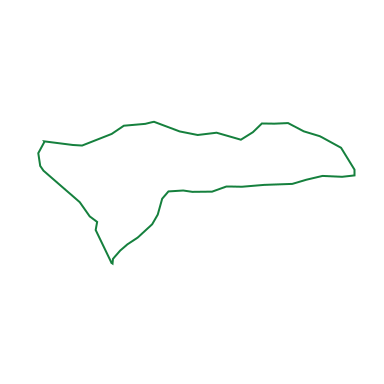 Suhag-2, Suhaj, Egypt, rotated 99°
{"feature_id": "37247803B53988405424911", "entity_name": "Suhag-2", "entity_type": "district", "adm_level": 2, "iso_a3": "EGY", "parent_name": "Egypt", "parent_adm1": "Suhaj", "projection": "mercator", "projection_center": [31.705, 26.543], "detail": "fine", "context": "isolated", "style": "outline", "palette": "green", "viewbox_px": 384, "rotation_deg": 99, "n_neighbors": 0, "source": "geoboundaries", "source_scale": "gbopen_adm2", "svg_char_len": 885}
<svg xmlns="http://www.w3.org/2000/svg" viewBox="0 0 384 384"><g transform="rotate(99 192 192)"><path d="M165.1,345.9L165.3,345.7L165.5,345.6L177.7,349.9L190.0,346.0L194.2,342.0L219.6,301.3L232.1,289.2L236.4,281.0L244.6,281.2L272.3,262.0L274.7,260.4L274.9,259.7L275.1,259.3L270.5,259.6L268.3,258.3L261.0,253.7L253.8,247.6L245.5,238.5L230.1,226.3L219.7,222.3L203.3,220.4L195.5,215.6L195.3,215.5L195.1,215.3L191.9,200.9L191.8,191.7L188.5,172.2L181.2,158.9L180.3,152.9L179.0,143.5L173.7,121.9L168.3,94.2L162.0,81.0L155.7,65.6L153.5,46.1L150.2,34.1L144.5,35.0L125.0,51.7L122.6,58.4L117.4,72.9L117.2,73.7L116.9,74.4L114.6,91.1L108.9,107.9L111.6,121.2L113.4,133.7L123.4,141.2L132.7,151.9L131.8,159.1L129.6,177.0L134.8,195.3L134.1,213.7L128.6,240.5L129.5,242.9L132.0,248.8L137.2,269.7L147.2,280.4L163.3,307.8L164.2,317.0L165.1,345.9Z" fill="none" stroke="#15803d" stroke-width="2"/></g></svg>